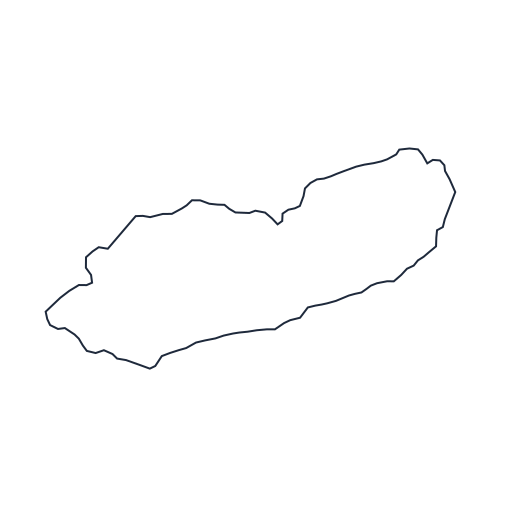 Baixio, Ceará, Brazil (Albers equal-area conic projection), rotated 141°
{"feature_id": "56859067B56515520379315", "entity_name": "Baixio", "entity_type": "district", "adm_level": 2, "iso_a3": "BRA", "parent_name": "Brazil", "parent_adm1": "Ceará", "projection": "albers", "projection_center": [-38.756, -6.713], "detail": "fine", "context": "isolated", "style": "outline", "palette": "slate", "viewbox_px": 512, "rotation_deg": 141, "n_neighbors": 0, "source": "geoboundaries", "source_scale": "gbopen_adm2", "svg_char_len": 1601}
<svg xmlns="http://www.w3.org/2000/svg" viewBox="0 0 512 512"><g transform="rotate(141 256 256)"><path d="M415.4,245.3L409.4,235.3L403.5,233.9L392.2,237.5L383.7,234.7L375.2,231.4L368.2,228.4L357.1,226.5L348.6,222.4L339.4,217.5L331.2,214.5L322.6,210.2L317.1,207.0L310.1,202.4L302.1,197.8L293.9,192.3L287.5,187.1L276.4,186.2L269.8,184.6L260.6,180.3L248.1,183.4L241.1,180.1L235.6,177.0L230.4,174.4L222.1,170.8L215.7,168.9L208.6,166.8L202.9,164.3L197.0,161.3L191.3,160.9L185.4,160.7L179.1,158.7L169.9,153.8L164.9,149.6L155.1,149.9L146.7,151.1L139.5,149.3L132.9,150.7L126.2,149.9L119.4,150.1L110.0,150.2L104.4,156.7L99.1,162.1L92.6,160.9L86.1,165.8L60.9,180.3L57.2,193.9L55.6,203.1L52.5,208.0L52.9,214.5L58.1,219.4L64.6,220.2L62.9,230.1L63.0,236.9L69.1,243.0L77.7,248.5L83.1,246.7L93.3,248.6L99.1,250.7L106.1,254.1L114.3,258.8L121.9,262.4L133.8,266.5L141.7,269.1L147.6,270.8L154.5,273.4L160.4,277.2L167.8,278.5L175.4,277.7L181.4,272.6L190.4,267.3L195.8,268.6L201.7,271.6L208.7,272.2L213.6,266.7L219.3,267.0L219.9,275.0L221.6,284.0L228.0,291.6L234.1,293.6L238.9,297.8L244.6,302.8L247.1,309.5L248.3,315.6L253.6,320.2L259.4,326.0L264.3,334.3L270.7,339.6L278.0,339.0L283.6,339.6L294.9,341.7L301.9,347.3L313.8,352.8L318.7,358.4L324.4,362.7L366.6,354.9L372.7,361.8L380.1,362.4L388.9,362.0L395.6,353.9L396.1,345.1L400.2,338.4L406.0,340.0L411.9,344.9L423.0,346.4L434.3,346.7L454.5,345.1L457.9,338.4L459.5,331.9L455.8,323.9L449.9,320.3L446.4,309.2L445.7,303.3L446.9,295.4L447.2,288.7L441.7,281.5L433.5,278.5L429.2,270.1L428.5,263.7L422.5,256.9L415.4,245.3Z" fill="none" stroke="#1e293b" stroke-width="2"/></g></svg>